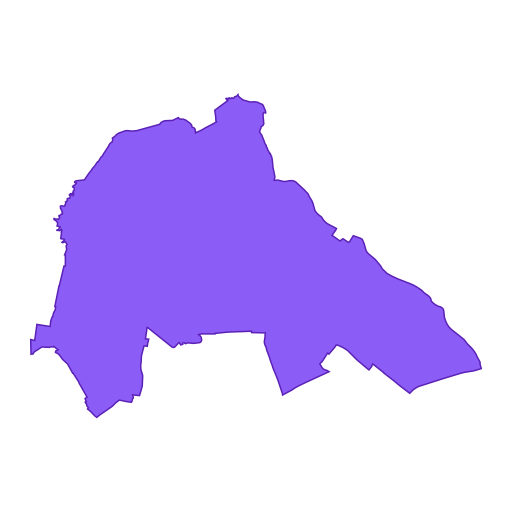 outline of Onesti, Bacau, Romania
{"feature_id": "2599482B34772359254641", "entity_name": "Onesti", "entity_type": "district", "adm_level": 2, "iso_a3": "ROU", "parent_name": "Romania", "parent_adm1": "Bacau", "projection": "orthographic", "projection_center": [26.773, 46.26], "detail": "fine", "context": "isolated", "style": "filled", "palette": "violet", "viewbox_px": 512, "rotation_deg": 0, "n_neighbors": 0, "source": "geoboundaries", "source_scale": "gbopen_adm2", "svg_char_len": 5918}
<svg xmlns="http://www.w3.org/2000/svg" viewBox="0 0 512 512"><path d="M199.9,342.6L201.1,341.6L201.6,340.4L201.6,339.1L201.1,337.2L200.4,336.1L198.7,334.6L201.4,333.9L215.0,333.9L215.0,333.4L227.7,332.1L249.3,331.3L251.6,331.3L251.6,332.6L265.3,332.9L265.4,333.7L265.0,335.0L265.1,336.4L264.6,339.3L264.5,340.7L264.3,341.4L264.4,342.9L265.2,345.6L265.9,346.7L266.9,350.7L268.8,355.6L271.0,362.3L272.7,366.8L272.7,367.3L277.1,378.0L278.3,381.3L282.5,394.0L282.6,395.0L292.3,389.8L294.0,388.5L297.8,386.3L305.8,382.4L329.1,371.7L327.1,370.5L324.4,369.6L323.1,368.8L322.2,367.8L319.8,363.8L322.3,361.4L327.6,353.1L328.9,354.1L334.0,348.2L335.6,346.1L336.2,344.9L338.3,345.4L342.9,347.5L347.4,350.3L357.0,359.9L367.4,368.7L369.0,369.9L371.8,366.3L371.5,366.0L372.8,364.0L383.8,372.7L383.7,372.9L394.4,381.2L399.0,385.1L409.7,393.3L413.1,389.9L415.8,388.0L418.5,386.5L443.8,378.4L461.3,373.1L464.8,372.3L474.0,370.8L481.3,368.6L480.1,364.4L480.0,362.0L477.4,357.3L476.0,354.2L474.0,351.0L471.7,348.2L467.4,343.9L464.0,339.5L459.3,335.7L451.4,329.5L448.8,326.8L446.9,323.8L445.5,320.7L444.4,317.2L443.7,310.4L442.8,308.4L440.6,306.9L438.1,306.2L435.5,304.8L432.6,302.6L431.3,301.0L430.8,298.9L430.1,297.6L428.6,296.0L424.0,292.7L421.8,290.4L417.1,287.2L413.4,285.1L411.4,284.2L398.1,279.0L392.8,276.6L387.1,273.5L382.5,269.1L380.4,265.6L375.2,259.4L367.8,253.2L366.1,250.7L364.1,243.6L362.3,239.4L360.3,238.2L353.3,235.7L349.5,241.8L348.6,242.3L348.1,242.2L343.1,238.8L342.3,239.1L340.0,241.0L332.0,235.3L335.7,230.2L336.5,228.5L327.2,223.6L325.0,221.7L323.2,219.7L321.6,217.1L318.5,214.7L316.5,212.8L314.9,210.5L313.0,203.5L311.9,200.8L309.3,196.6L308.1,193.9L304.1,189.7L295.8,182.0L294.1,181.1L292.1,180.6L289.3,180.7L286.6,181.3L283.7,181.5L277.8,180.1L274.2,180.3L274.9,177.0L274.8,176.2L273.0,167.5L272.3,159.8L271.5,156.2L271.1,155.9L271.0,155.3L270.1,153.3L269.6,153.4L268.4,150.8L267.6,149.8L267.5,148.8L267.0,147.6L266.1,146.4L266.3,145.5L264.9,143.5L264.0,140.7L261.6,134.8L261.0,134.1L259.5,131.7L259.9,131.0L260.1,129.8L260.8,128.4L261.3,126.6L263.0,125.4L263.9,123.5L263.6,122.7L263.6,121.1L263.1,116.4L263.1,113.4L263.6,112.8L265.1,112.7L265.6,113.0L265.7,112.6L265.6,111.7L265.4,110.8L263.7,106.6L263.1,105.3L262.3,104.3L260.5,103.7L259.8,103.2L258.7,103.0L257.9,102.3L254.7,101.8L250.1,102.0L243.7,100.2L242.7,99.7L240.2,97.9L238.2,95.8L238.0,94.6L236.6,96.2L235.1,96.6L234.5,96.9L233.7,98.2L233.2,98.4L232.7,98.3L231.9,97.8L231.3,98.4L230.5,98.2L230.0,98.4L229.3,97.9L229.0,98.0L229.3,98.4L227.7,99.4L227.7,98.9L227.4,98.9L226.9,98.3L226.0,98.5L226.4,99.3L227.6,100.7L214.8,110.2L215.0,112.2L215.2,113.1L215.7,117.0L215.9,120.8L216.5,121.9L213.1,123.8L206.0,127.5L201.2,130.3L195.5,132.9L195.6,131.9L195.5,131.4L195.3,131.3L195.2,129.8L194.8,128.6L193.9,127.8L192.3,127.2L191.9,126.7L191.5,124.7L189.6,122.9L185.6,120.0L183.2,119.2L179.5,119.0L178.4,117.6L172.5,120.4L165.5,120.7L163.9,121.0L162.1,121.8L160.6,122.9L159.7,124.3L136.5,130.7L132.9,131.0L130.7,131.0L127.9,130.6L125.6,130.7L118.7,133.1L116.1,134.9L114.6,136.6L112.4,138.0L112.7,139.8L112.4,141.3L112.0,141.9L110.5,143.0L109.2,144.6L108.8,145.7L107.9,147.2L102.9,154.8L102.8,155.5L102.5,155.9L101.1,157.0L98.2,161.7L97.5,161.8L94.8,165.8L92.5,168.4L91.0,170.7L88.8,173.4L84.4,179.9L77.1,180.7L75.4,181.1L74.6,182.0L74.7,182.5L75.8,182.4L76.3,182.9L76.4,183.4L76.0,183.5L75.3,184.7L73.5,185.6L72.6,186.6L72.9,187.1L73.9,187.4L74.2,187.7L74.1,190.5L73.7,191.0L73.3,191.0L73.0,192.3L72.4,193.2L73.7,193.5L73.6,194.1L73.2,194.7L73.1,195.5L72.3,195.3L70.9,193.7L70.5,193.7L70.3,194.3L69.7,194.4L69.3,195.0L70.3,196.0L70.3,196.5L69.9,197.4L69.9,198.0L67.8,198.4L67.2,198.8L67.1,199.0L67.4,199.8L67.4,200.4L67.1,201.0L66.4,201.2L65.5,202.0L65.9,202.5L65.9,202.8L65.4,204.1L65.0,204.6L65.1,205.5L65.0,205.8L64.0,206.4L62.2,205.7L60.4,206.1L60.5,208.5L61.2,209.4L61.4,210.3L62.2,211.7L62.4,212.0L62.1,212.8L62.5,213.6L62.4,213.9L61.3,214.2L60.0,215.3L58.9,215.6L58.8,216.0L59.6,217.2L59.6,217.6L59.4,218.0L58.9,218.5L58.5,219.3L58.2,219.5L57.9,219.2L57.4,219.1L55.3,219.1L54.4,218.5L54.0,218.5L53.9,218.8L53.9,219.3L54.3,219.7L55.8,220.6L57.6,222.7L57.4,224.9L57.0,226.0L59.1,226.5L59.4,226.8L60.1,226.9L60.1,227.3L59.9,227.6L59.1,228.1L59.0,228.8L58.8,229.3L58.5,229.7L57.1,229.8L57.0,230.4L57.4,230.5L58.0,230.3L59.5,230.7L60.7,230.1L61.3,229.4L61.6,229.5L61.8,230.5L61.6,231.5L61.2,232.2L61.4,232.8L61.4,233.4L60.7,238.6L61.4,238.9L63.9,239.1L64.3,239.3L64.5,239.8L64.4,240.2L62.0,242.2L61.9,242.4L62.4,242.6L62.9,242.6L65.5,241.8L67.0,244.5L66.7,245.3L66.1,246.0L66.7,249.5L64.6,254.9L65.4,255.1L65.3,256.0L65.4,261.9L65.3,263.2L65.4,266.0L64.0,266.0L59.3,285.7L59.0,285.8L54.8,306.6L55.7,306.8L55.2,309.9L53.8,312.4L53.2,314.1L52.9,316.2L52.8,316.5L52.4,316.5L50.8,320.5L50.1,326.5L36.9,324.4L34.7,340.5L30.7,339.5L31.0,354.2L31.6,353.9L32.3,354.1L33.1,353.9L33.9,352.4L35.0,351.4L39.3,348.7L40.7,347.6L42.6,346.9L45.8,347.3L47.6,347.2L49.3,347.4L50.3,346.9L53.5,346.9L53.9,346.4L56.2,348.4L58.0,349.8L57.2,350.4L55.8,350.9L55.6,351.1L55.5,352.5L56.4,352.8L58.6,354.2L60.3,356.2L62.5,359.3L67.5,363.9L72.7,373.2L73.1,373.1L78.7,381.9L79.3,383.5L87.1,397.2L85.1,398.4L85.1,398.8L86.3,401.5L85.2,402.1L85.6,402.9L86.2,403.7L86.5,403.7L87.0,406.1L88.4,407.8L87.5,409.0L90.4,411.3L94.7,415.8L96.8,417.4L99.8,414.9L111.6,406.8L112.7,405.9L115.8,402.7L119.4,400.1L126.1,401.5L131.3,402.3L131.9,401.5L132.5,399.0L133.3,398.0L133.3,397.2L132.6,394.9L139.5,395.6L141.0,390.6L142.2,386.3L142.3,385.3L142.7,375.9L142.4,374.4L141.0,370.0L140.7,366.5L140.7,365.0L141.1,362.5L141.3,359.6L141.4,356.1L144.0,345.8L147.3,346.3L147.8,342.7L148.2,341.7L148.7,339.1L145.4,338.9L146.7,330.7L146.9,327.5L147.5,327.4L172.2,347.2L173.3,347.4L174.2,347.4L174.8,347.0L179.0,342.5L180.7,344.9L182.7,344.4L182.6,343.4L183.0,343.0L184.0,342.7L184.4,343.1L185.7,343.7L187.1,343.0L188.3,342.9L193.5,343.4L199.9,342.6Z" fill="#8b5cf6" stroke="#5b21b6" stroke-width="1.5"/></svg>